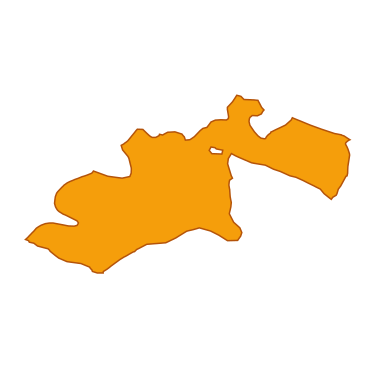 Az Zaydiah, Al Hudaydah, Yemen, rotated 20°
{"feature_id": "15242507B8611350311836", "entity_name": "Az Zaydiah", "entity_type": "district", "adm_level": 2, "iso_a3": "YEM", "parent_name": "Yemen", "parent_adm1": "Al Hudaydah", "projection": "albers", "projection_center": [43.054, 15.3], "detail": "fine", "context": "isolated", "style": "filled", "palette": "amber", "viewbox_px": 384, "rotation_deg": 20, "n_neighbors": 0, "source": "geoboundaries", "source_scale": "gbopen_adm2", "svg_char_len": 4716}
<svg xmlns="http://www.w3.org/2000/svg" viewBox="0 0 384 384"><g transform="rotate(20 192 192)"><path d="M149.4,143.9L149.2,143.9L148.7,144.2L146.3,146.8L144.9,148.5L143.1,148.7L142.6,148.8L142.1,148.8L141.7,148.9L141.8,150.2L139.4,153.0L136.3,154.2L135.5,154.3L133.9,154.0L132.6,153.6L129.5,152.3L124.4,150.0L119.2,151.7L119.1,151.8L118.4,153.5L117.7,155.7L117.4,156.6L117.0,157.7L116.9,158.1L116.4,159.4L114.8,164.1L114.2,165.8L113.5,167.0L113.3,167.4L112.3,168.7L111.3,170.4L110.1,171.7L109.5,172.4L112.4,176.2L119.5,180.4L119.7,180.5L121.3,182.1L124.9,187.5L126.6,190.0L126.8,190.3L127.0,191.0L127.2,191.3L128.1,194.2L128.4,195.0L128.3,198.7L124.8,200.9L121.6,202.9L114.4,204.5L107.4,206.0L100.3,206.0L98.2,206.0L93.3,206.0L92.2,206.0L91.9,207.3L91.3,208.7L89.4,210.4L87.5,212.1L85.3,213.9L83.6,215.1L80.1,218.3L77.5,220.4L76.3,221.6L73.8,223.8L71.6,226.1L70.6,227.6L69.4,229.3L68.9,230.5L68.6,231.2L68.5,231.3L68.1,232.1L65.8,237.4L65.2,239.4L65.2,243.2L65.8,246.0L66.7,249.7L68.8,252.6L70.5,254.1L71.9,255.1L73.9,255.9L76.4,256.4L78.6,256.9L80.4,256.9L82.5,257.1L88.5,257.8L93.7,258.4L95.8,259.8L95.8,260.9L95.4,262.7L93.0,264.4L87.4,266.2L82.1,267.0L71.9,268.7L68.5,270.0L65.0,271.9L61.6,274.8L59.6,277.2L58.1,279.3L56.6,283.3L55.9,284.6L55.1,286.5L54.2,288.5L53.6,289.9L53.4,290.5L51.8,293.6L55.0,293.6L56.3,294.8L60.9,294.2L65.3,295.6L65.5,295.6L70.9,295.1L76.1,294.6L78.0,295.4L78.9,296.2L85.5,298.5L89.5,299.7L98.3,300.2L101.6,299.5L112.1,297.2L121.5,297.6L122.7,298.6L124.5,299.4L125.6,300.7L128.2,300.6L130.7,300.5L133.4,299.5L135.0,298.9L136.2,298.5L136.0,298.1L135.9,297.1L136.0,296.9L137.7,294.7L138.5,293.7L138.9,293.1L140.2,291.1L141.1,289.5L142.1,288.0L143.1,286.5L144.1,285.0L146.0,282.2L147.3,280.2L148.9,278.2L150.4,276.3L151.6,275.1L153.3,273.1L154.3,271.8L154.5,271.6L155.4,270.6L155.6,270.3L157.2,268.5L157.7,268.1L158.4,267.7L159.6,265.1L159.8,264.8L161.1,263.5L167.4,256.6L170.5,255.2L174.4,253.4L176.0,252.7L182.5,249.7L184.7,248.7L186.9,246.5L187.0,246.4L188.8,244.5L190.9,242.4L192.4,240.8L192.7,240.5L194.3,238.4L196.2,236.0L198.8,232.7L200.4,230.7L201.1,230.2L202.1,229.5L203.8,228.4L205.8,227.1L209.0,224.8L211.1,223.2L222.7,222.3L225.2,222.6L232.0,223.4L234.2,223.9L238.9,224.9L239.1,225.0L240.3,225.2L242.0,225.6L251.4,221.9L251.5,221.8L251.7,220.8L251.8,220.4L252.8,217.0L252.8,216.9L252.8,216.4L252.7,213.1L252.5,212.9L249.2,209.3L247.0,208.4L241.5,206.2L234.5,199.7L234.2,197.7L234.1,196.6L233.6,192.7L232.5,188.4L231.0,186.0L229.5,183.4L229.3,183.0L227.2,178.3L226.7,177.1L226.6,176.8L226.4,176.6L224.3,172.9L223.5,169.8L223.3,168.0L225.3,165.2L224.3,164.2L223.4,163.4L215.8,153.3L215.7,152.8L215.0,149.5L214.7,148.2L215.2,145.7L215.9,142.4L220.5,143.1L224.1,143.4L237.9,144.2L240.5,143.8L242.6,143.4L247.9,142.4L251.7,141.7L252.8,141.8L254.5,142.0L256.5,142.2L257.2,142.3L259.7,142.6L261.0,142.7L267.9,142.5L278.5,143.3L284.6,142.6L284.8,142.6L292.6,143.2L297.4,143.8L305.0,144.6L306.2,144.8L311.6,145.4L316.7,148.4L322.0,150.2L325.4,151.3L326.1,148.8L328.6,145.7L328.8,143.9L328.5,139.3L329.7,135.4L329.8,134.6L331.3,124.6L332.2,123.8L331.9,121.9L331.9,121.7L331.8,121.1L330.8,118.1L329.8,114.9L329.7,114.5L328.4,107.9L328.2,106.9L327.5,103.4L326.8,102.1L325.2,100.0L323.9,98.4L322.3,96.7L320.4,95.0L319.8,94.3L319.7,93.5L319.7,93.0L320.7,91.1L321.6,89.8L322.5,88.9L320.7,88.5L315.7,87.3L313.2,87.4L312.8,87.2L308.9,87.8L306.1,88.3L292.2,88.7L280.4,88.7L275.4,88.5L268.6,88.2L267.6,88.2L262.4,88.0L260.9,87.9L260.6,90.4L257.8,95.6L257.0,97.1L252.9,101.3L249.2,105.0L246.6,107.8L245.6,108.7L245.6,109.8L245.1,110.6L244.9,110.9L244.5,111.4L243.7,112.9L243.0,114.9L243.0,115.2L242.9,115.9L242.8,116.6L241.9,117.2L238.3,117.8L234.8,116.7L230.0,114.1L223.6,109.5L221.5,106.3L220.9,103.9L220.9,102.2L221.2,101.7L222.4,99.6L223.8,99.1L225.8,98.5L227.4,98.0L228.2,97.2L229.7,95.7L230.5,94.9L230.9,92.2L231.4,90.9L231.6,90.3L228.5,88.7L224.6,85.1L224.3,84.9L222.6,83.3L221.2,83.7L219.1,84.2L218.4,84.4L218.0,84.5L217.2,84.8L215.8,85.2L215.4,85.3L214.9,85.5L212.7,86.2L210.5,86.9L209.8,87.1L209.2,87.3L205.3,85.4L203.7,85.5L201.0,85.8L200.1,89.8L199.2,93.5L197.9,96.6L196.3,100.3L197.1,102.5L197.6,103.3L200.4,108.3L200.7,108.9L201.0,110.6L200.6,111.3L199.8,112.5L199.3,112.7L194.9,114.1L194.5,114.2L194.3,114.3L193.4,114.7L189.3,116.5L187.4,118.3L186.9,118.8L185.9,119.7L184.9,123.1L183.9,126.2L180.5,128.5L179.4,130.3L178.7,131.5L175.3,139.2L173.4,141.9L172.5,143.1L172.2,143.5L171.5,143.9L170.9,144.2L168.0,145.5L166.0,142.9L164.1,141.9L162.7,141.0L160.8,141.1L155.8,141.3L155.2,141.4L152.4,142.6L149.4,143.9ZM206.6,142.2L206.8,143.7L207.1,146.1L197.5,149.2L193.9,147.0L194.5,143.2L198.5,142.5L200.1,143.2L206.6,142.2Z" fill="#f59e0b" stroke="#b45309" stroke-width="1.5"/></g></svg>